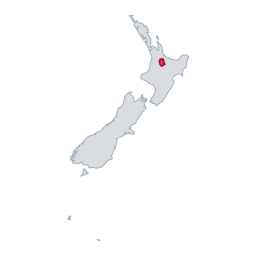 South Waikato District, Waikato, New Zealand shown in context
{"feature_id": "76426892B10420121574176", "entity_name": "South Waikato District", "entity_type": "district", "adm_level": 2, "iso_a3": "NZL", "parent_name": "New Zealand", "parent_adm1": "Waikato", "projection": "natural_earth1", "projection_center": [175.86, -38.168], "detail": "fine", "context": "in_parent", "style": "filled", "palette": "rose", "viewbox_px": 256, "rotation_deg": 0, "n_neighbors": 0, "source": "geoboundaries", "source_scale": "gbopen_adm2", "svg_char_len": 4794}
<svg xmlns="http://www.w3.org/2000/svg" viewBox="0 0 256 256"><path d="M134.3,101.7L135.5,101.7L140.5,98.0L142.6,97.2L143.2,97.1L142.0,98.2L142.3,99.0L141.1,101.6L142.1,101.2L142.7,99.4L143.4,99.1L143.1,98.1L146.2,98.4L145.1,100.2L143.5,101.2L144.5,101.3L146.8,99.5L146.8,100.5L143.9,103.5L144.8,105.2L144.0,106.6L144.9,106.4L146.0,107.4L145.4,108.8L142.1,112.3L141.7,114.1L138.8,117.2L135.6,122.9L129.7,126.6L130.9,127.6L128.8,129.0L130.5,128.7L131.6,130.9L134.2,131.6L134.5,133.7L132.8,134.3L131.1,133.3L128.6,133.7L129.4,132.8L128.4,132.2L126.6,134.0L124.0,131.9L125.5,134.3L120.4,137.1L118.3,137.3L117.5,138.8L116.3,138.9L117.0,139.4L115.5,147.0L114.1,147.0L115.4,147.8L115.2,148.6L113.6,150.7L111.4,156.5L112.3,157.9L112.2,158.9L107.9,160.4L101.7,167.3L96.1,168.2L92.8,167.4L89.1,167.9L88.4,166.0L87.1,164.9L83.8,165.0L82.1,162.8L80.7,162.3L79.1,163.4L73.9,163.2L72.9,162.9L72.7,162.1L74.6,159.9L72.8,161.1L72.0,161.0L72.7,160.0L72.6,159.1L70.4,160.0L70.6,158.1L75.3,156.9L73.4,156.7L73.3,156.1L75.1,154.7L72.6,154.8L73.0,153.1L74.4,153.1L73.8,151.9L76.7,153.2L76.2,152.0L77.3,151.7L75.4,150.8L75.3,149.6L76.2,148.7L77.5,149.1L76.6,148.0L78.9,145.9L79.5,147.5L79.6,145.2L82.5,143.0L83.7,143.9L83.1,141.9L88.0,136.7L90.7,135.3L92.3,135.5L94.8,133.9L95.9,134.6L95.5,133.4L95.8,132.9L102.3,129.9L102.3,128.9L103.0,128.7L102.5,128.5L106.2,125.2L107.7,125.4L106.8,124.5L108.3,123.6L109.8,124.3L108.9,123.3L110.3,122.7L111.0,123.5L111.1,122.3L113.3,119.7L113.7,121.7L114.0,121.5L113.8,119.4L115.4,116.9L116.6,116.4L116.0,115.7L118.2,108.1L120.6,107.2L122.7,104.9L124.1,100.7L124.6,97.5L125.9,95.1L129.5,92.1L132.5,92.1L130.4,92.4L130.2,94.0L130.8,95.3L133.0,96.3L134.3,101.7ZM132.0,16.7L135.4,22.3L137.0,20.6L137.3,21.9L140.5,23.4L141.1,22.9L143.7,24.4L144.2,26.4L146.0,25.7L148.3,29.9L147.9,31.0L148.7,32.5L146.8,32.7L150.9,39.1L150.4,41.4L151.1,42.9L150.1,45.8L151.9,46.7L152.5,46.0L156.0,47.8L156.9,50.4L158.5,50.4L157.9,43.9L156.9,42.2L157.6,41.2L159.9,44.6L160.8,44.5L161.9,47.3L163.0,53.3L164.4,55.2L163.7,54.9L163.5,55.4L164.2,56.0L170.9,59.1L176.0,60.4L178.9,59.2L180.6,56.7L183.5,54.8L186.1,55.0L188.8,56.6L187.3,59.9L186.0,67.4L183.0,69.5L182.4,73.3L182.9,74.8L182.3,76.1L181.1,74.4L178.4,74.0L173.9,75.8L172.7,77.7L172.5,80.0L174.3,81.5L171.5,87.6L170.0,89.3L162.9,100.8L156.2,105.8L155.4,105.4L154.8,103.4L152.0,103.5L152.1,101.2L151.8,101.0L150.7,102.2L149.5,101.8L154.7,93.4L155.6,89.2L154.6,87.1L153.2,85.0L148.7,83.3L146.6,81.1L142.4,79.4L141.1,78.4L140.6,77.0L141.4,74.8L143.7,73.4L147.0,72.6L149.0,70.3L150.1,63.3L151.4,60.7L151.0,59.1L152.3,58.0L150.2,53.5L150.6,52.1L150.0,51.9L148.8,49.1L149.5,49.0L150.3,50.6L151.0,49.2L152.3,48.9L150.8,47.1L148.9,47.7L147.6,47.1L146.7,44.4L144.7,41.4L145.3,41.3L146.9,42.8L147.4,41.7L146.4,40.0L146.8,38.2L145.5,37.3L145.3,38.4L143.1,36.8L141.9,34.1L141.9,35.4L144.5,39.4L143.8,40.2L143.3,39.8L136.7,29.4L138.9,26.6L137.6,27.2L136.3,28.9L135.7,28.2L135.3,26.9L133.7,25.2L134.4,24.1L134.4,22.8L129.4,15.7L132.8,15.4L132.0,16.7ZM85.0,169.0L86.9,171.6L85.9,171.4L85.9,172.0L87.9,172.5L87.9,173.7L81.0,176.0L83.6,171.6L83.3,169.1L85.0,169.0ZM69.9,218.2L70.6,219.8L68.4,219.0L67.2,219.4L68.9,217.8L69.1,216.1L70.6,216.3L69.9,218.2ZM158.2,37.4L158.6,39.4L156.5,38.0L156.4,36.9L156.9,36.2L158.2,37.4ZM142.3,96.4L140.9,97.2L141.2,95.6L142.8,94.6L142.3,96.4ZM72.8,156.2L72.6,157.1L70.7,156.7L72.2,155.7L72.8,156.2ZM99.0,239.8L99.6,240.4L98.6,240.6L97.6,239.7L99.0,239.8ZM74.8,150.3L75.3,151.8L74.0,151.0L74.8,150.3Z" fill="#d9dde1" stroke="#a8b0b8" stroke-width="1"/><path d="M159.7,59.8L159.6,60.0L159.7,60.3L159.7,60.5L159.6,60.8L159.7,61.0L159.5,61.3L159.4,61.5L159.5,61.5L159.4,61.6L159.4,61.8L159.3,62.0L159.5,62.2L159.5,62.3L159.6,62.5L159.8,62.6L159.8,62.8L159.8,63.0L159.8,63.3L159.9,63.5L159.9,63.8L159.9,64.0L160.0,64.3L160.3,64.5L160.5,64.8L160.8,64.9L160.9,65.0L160.9,65.3L160.8,65.5L161.0,65.6L161.2,65.8L161.3,65.8L161.3,66.0L161.5,66.0L161.6,65.9L161.8,65.8L162.0,65.8L162.3,65.8L162.4,65.7L162.5,65.7L162.6,65.8L162.7,65.7L162.8,65.7L163.0,65.6L163.2,65.4L163.3,65.4L163.4,65.2L163.5,65.0L163.5,64.9L163.8,64.7L163.7,64.7L163.8,64.7L164.0,64.5L164.1,64.4L164.3,64.4L164.5,64.3L164.4,64.2L164.5,64.2L164.4,64.0L164.3,63.9L164.2,63.9L164.4,63.9L164.6,63.2L164.2,62.5L163.7,62.5L163.4,62.5L163.4,62.2L163.0,62.2L162.9,62.2L163.1,62.1L163.7,60.9L163.8,60.8L163.7,60.7L163.4,60.5L163.4,60.4L163.2,60.3L162.8,60.3L162.8,60.2L162.7,60.0L162.6,59.9L162.5,59.6L162.9,59.4L162.7,59.3L162.7,59.2L162.3,59.5L162.2,59.4L162.3,59.3L162.2,59.3L161.9,59.3L162.0,59.4L161.9,59.4L161.9,59.5L161.8,59.4L161.7,59.3L161.7,59.5L161.4,59.4L161.5,59.3L161.3,59.3L161.1,59.4L161.1,59.2L160.8,59.2L160.7,59.2L160.6,59.4L160.3,59.2L160.2,59.2L160.0,59.7L159.9,59.7L159.8,59.8L159.7,59.8L159.7,59.8Z" fill="#f43f5e" stroke="#9f1239" stroke-width="1.5"/></svg>